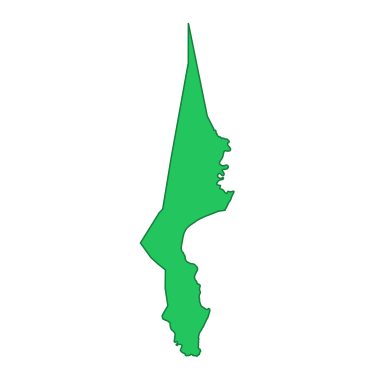 the district of Omoa, Cortés, Honduras, rotated 119°
{"feature_id": "27666195B94440917052753", "entity_name": "Omoa", "entity_type": "district", "adm_level": 2, "iso_a3": "HND", "parent_name": "Honduras", "parent_adm1": "Cortés", "projection": "mercator", "projection_center": [-88.127, 15.658], "detail": "fine", "context": "isolated", "style": "filled", "palette": "green", "viewbox_px": 384, "rotation_deg": 119, "n_neighbors": 0, "source": "geoboundaries", "source_scale": "gbopen_adm2", "svg_char_len": 6073}
<svg xmlns="http://www.w3.org/2000/svg" viewBox="0 0 384 384"><g transform="rotate(119 192 192)"><path d="M261.6,212.4L269.3,196.0L271.4,186.9L273.0,177.5L289.0,168.9L303.2,158.0L313.1,158.2L314.1,158.1L315.1,158.0L315.7,157.2L316.5,156.6L317.0,156.1L317.1,155.8L317.0,153.4L316.8,152.1L316.6,150.7L316.6,150.3L316.9,149.4L316.8,148.3L316.9,147.9L317.3,147.6L318.1,147.1L319.9,146.0L320.9,145.1L321.6,144.4L322.0,143.7L322.3,143.2L322.6,142.3L322.8,140.8L323.1,140.1L323.5,139.0L323.7,138.7L324.4,137.9L327.5,136.6L329.4,135.9L331.3,135.2L331.7,134.4L331.7,134.1L331.6,133.9L331.3,133.7L331.0,133.5L330.6,133.4L330.3,133.1L330.2,133.0L330.2,132.8L330.3,132.4L330.4,132.2L330.9,131.4L331.1,131.3L331.3,131.3L331.6,131.3L331.8,131.4L332.7,132.0L333.0,131.9L333.4,131.6L333.5,131.3L333.5,131.0L333.5,130.7L333.3,130.6L333.1,130.6L332.8,130.7L332.6,130.7L332.4,130.7L332.2,130.5L332.1,130.3L331.7,129.4L330.6,127.6L330.7,127.4L330.9,126.9L331.3,126.5L331.7,126.1L332.1,125.9L332.7,125.8L334.3,125.8L335.2,125.6L335.9,125.4L336.3,125.1L336.5,124.7L337.0,123.2L337.1,122.6L337.1,121.7L336.8,120.4L336.9,119.8L337.0,119.6L337.8,118.8L338.0,118.4L338.0,118.1L338.0,117.8L337.9,117.5L337.1,116.6L336.8,115.8L336.6,115.5L336.1,115.1L335.6,114.7L335.2,114.6L334.8,114.6L334.6,114.5L334.5,114.4L334.1,112.8L334.5,112.1L334.5,111.7L334.2,111.2L333.9,110.3L333.3,109.0L333.2,108.7L333.2,108.0L332.4,107.9L331.0,107.1L330.8,107.1L330.7,107.3L330.3,106.9L328.7,107.4L328.1,107.4L327.3,107.2L327.0,107.4L326.8,107.7L326.4,107.8L326.2,108.2L325.6,108.9L325.7,109.2L325.7,109.4L325.8,110.0L325.7,110.4L325.5,110.6L325.0,110.9L324.3,111.4L323.6,111.7L322.8,112.2L322.3,112.3L321.8,112.8L320.8,113.2L320.0,113.4L319.8,113.6L319.4,114.0L319.1,114.2L317.1,114.8L316.9,115.2L316.9,115.4L316.5,115.5L315.4,116.2L315.0,116.2L314.6,116.4L314.3,116.4L313.9,116.7L313.3,116.7L313.0,116.9L312.5,117.0L311.7,117.0L310.0,117.2L309.2,117.0L308.3,116.9L306.2,117.0L305.4,116.9L303.7,116.8L303.1,116.9L302.5,117.0L302.0,117.1L300.5,117.1L299.2,117.2L293.7,117.4L291.1,117.9L288.1,118.6L287.4,118.8L286.6,119.3L286.1,119.5L285.8,120.2L285.8,120.6L285.9,121.0L286.1,121.1L286.8,121.2L287.5,122.0L287.9,123.4L287.6,124.4L287.5,126.2L287.5,127.0L287.1,128.8L286.9,129.3L286.5,129.6L285.0,131.3L284.4,132.0L283.4,132.7L281.5,133.8L280.9,134.3L280.4,134.8L280.1,135.1L279.5,135.3L278.5,135.6L277.5,135.8L276.4,135.8L275.9,135.9L275.6,136.1L274.3,137.6L273.9,137.9L273.3,138.3L272.3,138.8L270.1,139.3L269.5,140.2L269.4,140.9L269.4,141.5L269.5,142.2L269.7,142.7L269.7,142.9L269.2,143.6L268.9,143.8L268.4,144.2L268.0,144.6L267.3,146.6L267.0,147.0L265.3,148.5L264.8,148.8L264.1,149.0L263.4,149.1L262.4,149.2L259.6,149.4L258.6,149.3L257.7,149.3L257.2,149.5L256.5,149.9L255.8,150.4L255.4,150.8L255.2,151.2L254.6,153.5L254.3,154.1L254.2,154.7L254.2,155.4L254.3,156.0L254.7,157.0L255.4,158.8L255.4,159.7L255.4,160.8L255.5,161.6L255.4,162.4L255.2,163.3L254.9,164.0L254.5,164.7L254.0,165.3L253.6,165.7L252.8,166.2L252.0,166.6L251.5,167.0L251.2,167.5L250.6,168.7L249.3,170.3L249.0,171.5L248.6,172.3L248.0,172.9L246.9,173.9L243.1,175.6L242.1,175.9L240.6,176.3L237.8,177.3L236.5,177.8L233.1,178.7L231.5,179.1L230.5,179.1L228.4,179.2L227.0,179.1L226.1,179.0L225.5,178.9L221.9,177.5L221.0,177.0L213.8,173.5L212.7,172.8L207.7,169.3L204.3,166.5L202.6,165.0L201.5,164.1L197.4,160.7L197.0,160.5L196.7,160.3L196.3,159.8L195.3,158.7L194.7,157.9L192.6,155.2L192.3,154.8L192.2,154.4L191.9,154.3L191.5,154.4L191.0,154.5L188.3,154.4L186.5,154.6L184.0,154.7L182.9,154.7L180.2,154.4L179.1,154.6L177.8,154.9L177.1,155.0L175.2,155.2L173.6,155.2L172.7,155.2L171.8,155.4L171.2,155.6L171.2,155.9L171.3,156.3L171.6,156.7L172.7,157.8L173.2,158.5L173.4,158.9L173.7,160.1L174.0,160.8L174.4,161.0L175.1,161.0L175.5,160.9L175.8,160.8L176.1,160.8L176.3,160.9L176.4,161.0L176.5,161.2L176.5,161.5L176.6,162.3L176.6,162.7L176.3,163.4L175.7,164.3L175.5,164.7L175.3,165.5L175.1,166.6L175.1,167.2L175.6,168.8L174.9,169.5L174.4,169.8L173.4,170.1L172.7,170.2L172.5,170.3L172.6,170.6L173.0,171.6L173.4,173.2L173.5,173.5L173.4,173.7L173.3,173.9L173.1,174.1L172.7,174.4L172.2,174.6L171.9,174.6L171.6,174.4L171.3,174.5L170.8,174.5L170.0,174.4L169.6,174.3L168.6,173.7L167.9,173.3L166.8,172.0L166.3,171.4L166.0,171.2L165.7,171.1L165.2,171.0L164.9,171.0L164.7,171.2L164.5,171.4L164.4,171.6L164.4,171.9L164.5,172.0L164.9,172.3L165.7,173.1L166.4,173.8L166.5,174.1L166.5,174.5L166.5,175.6L166.4,176.3L166.3,176.6L166.1,177.0L165.8,177.3L165.5,177.5L165.2,177.7L164.8,177.7L164.2,177.7L163.4,177.6L162.9,177.5L162.5,177.3L162.3,177.0L162.2,176.5L162.2,175.9L162.7,174.6L162.9,174.0L162.9,173.5L162.9,173.1L162.8,172.9L162.6,172.7L162.3,172.5L161.8,172.4L161.4,172.4L160.9,172.5L160.4,172.9L160.1,173.2L159.5,174.1L159.0,175.3L158.7,175.7L158.4,176.1L158.0,176.2L157.7,176.1L157.3,175.8L156.5,174.7L155.7,173.6L155.2,173.1L154.8,172.6L154.2,172.4L153.8,172.3L153.1,172.3L152.6,172.4L152.3,172.5L152.1,172.7L151.7,173.3L151.5,174.0L151.6,174.7L151.7,174.9L153.5,176.8L154.1,177.7L154.3,178.3L154.4,179.2L154.4,179.7L154.3,180.3L154.2,180.8L154.0,181.2L153.8,181.5L153.6,181.8L153.2,182.1L152.9,182.3L150.7,182.3L148.6,182.1L147.0,182.1L146.2,182.2L142.1,183.4L141.5,183.5L140.7,183.5L140.2,183.3L139.8,183.0L139.7,182.6L139.3,181.6L138.7,180.2L138.3,179.7L137.9,179.2L137.4,178.9L136.8,178.8L136.2,178.8L135.7,179.1L135.3,179.6L134.8,180.4L134.3,182.1L133.8,183.2L133.5,183.6L133.1,184.0L132.6,184.3L131.9,184.5L131.7,184.4L130.8,183.7L130.4,183.8L129.9,183.9L129.7,184.0L129.7,184.4L129.4,184.9L129.2,185.4L128.9,186.2L128.8,186.7L128.9,187.1L129.0,187.5L129.5,188.5L129.7,190.0L129.9,191.1L130.1,191.4L130.8,191.9L130.9,192.1L130.3,193.2L130.2,193.6L130.2,194.0L130.7,195.0L130.7,195.4L130.7,195.9L130.6,196.1L130.4,196.5L130.4,196.8L130.2,197.0L130.0,197.3L129.6,198.3L129.4,198.4L129.1,198.5L128.9,198.7L128.8,198.9L128.8,199.2L128.8,199.4L127.3,200.5L127.0,200.8L126.8,201.3L126.8,201.8L127.0,202.4L127.3,202.8L126.4,203.4L118.3,215.4L46.0,277.1L80.9,257.8L171.9,226.9L221.2,209.3L226.0,210.6L261.6,212.4Z" fill="#22c55e" stroke="#15803d" stroke-width="1.5"/></g></svg>